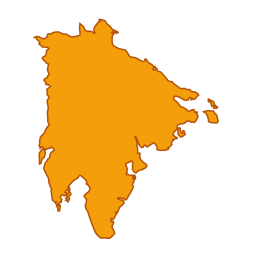 an SVG outline of Sabah, rotated 88°
{"feature_id": "MYS-1186", "entity_name": "Sabah", "entity_type": "State", "adm_level": 1, "iso_a3": "MYS", "parent_name": "Malaysia", "parent_adm1": "", "projection": "mercator", "projection_center": [117.356, 5.751], "detail": "fine", "context": "isolated", "style": "filled", "palette": "amber", "viewbox_px": 256, "rotation_deg": 88, "n_neighbors": 0, "source": "natural_earth", "source_scale": "10m", "svg_char_len": 5887}
<svg xmlns="http://www.w3.org/2000/svg" viewBox="0 0 256 256"><g transform="rotate(88 128 128)"><path d="M87.3,207.9L86.5,207.8L84.1,204.3L83.5,204.2L81.5,206.9L81.9,208.2L80.5,208.9L79.2,208.6L77.9,210.1L77.3,210.3L76.2,209.9L74.3,206.5L73.2,206.4L71.7,204.9L67.1,206.5L61.3,205.2L60.4,207.1L55.4,211.3L54.5,210.9L53.9,210.2L53.0,208.0L51.0,207.1L47.5,206.7L46.7,205.0L46.2,204.5L45.6,204.6L44.8,205.3L44.3,207.1L44.1,210.7L41.9,212.5L41.4,213.8L40.7,214.0L39.3,213.0L36.1,216.1L35.0,216.4L34.1,218.3L33.4,216.2L33.5,214.1L35.6,210.7L36.0,208.3L34.4,206.1L32.1,205.3L31.4,204.7L31.0,201.3L29.7,198.6L29.5,194.3L31.7,189.8L32.3,185.7L34.0,183.6L35.2,180.2L33.9,173.7L33.1,172.7L32.4,172.5L27.1,173.0L21.9,172.4L25.2,168.9L28.1,167.8L29.5,166.5L30.4,160.8L32.2,158.4L31.8,157.7L29.7,158.6L27.6,158.6L25.7,157.8L20.7,153.5L20.7,152.1L20.1,152.0L18.8,153.1L18.4,152.4L19.3,148.9L20.3,147.1L23.9,144.8L25.2,142.8L29.1,140.0L31.1,135.7L32.2,134.6L32.9,135.9L31.0,139.5L32.2,141.1L33.0,138.4L34.9,140.1L36.0,140.6L41.0,140.9L44.1,140.4L45.8,138.9L48.4,134.2L49.8,128.4L50.4,127.4L56.2,124.0L57.1,123.0L58.0,118.0L61.4,112.4L62.2,110.0L61.3,108.3L60.1,108.8L59.6,108.1L60.2,107.0L62.9,105.8L65.5,101.9L66.7,100.8L68.4,100.3L70.6,101.0L70.9,100.5L70.7,98.6L70.0,98.4L67.5,99.1L67.5,98.8L69.0,98.0L70.1,96.8L71.6,96.8L72.2,96.5L72.8,94.2L73.7,92.8L80.5,87.3L82.4,86.2L83.4,82.1L85.1,81.0L90.0,74.7L90.4,73.8L90.5,69.8L91.6,67.9L91.7,64.8L93.3,64.0L93.8,63.1L94.5,59.2L95.1,58.8L96.0,57.2L97.1,56.4L97.8,56.3L98.5,57.8L100.8,59.3L101.2,59.9L101.9,64.0L100.3,63.2L99.6,65.5L102.0,66.9L102.3,68.1L102.1,70.3L101.5,71.8L98.6,76.4L97.8,78.8L98.1,80.8L100.4,81.4L101.6,80.8L103.1,78.7L108.8,74.3L109.3,71.6L110.4,71.0L111.1,69.4L113.2,67.3L113.5,66.5L111.9,62.9L111.9,61.7L112.4,61.0L114.0,61.3L114.9,60.7L115.0,60.3L114.4,59.8L114.3,59.3L114.6,58.2L116.9,58.6L118.6,57.6L120.9,58.6L124.0,60.6L124.6,61.3L124.3,65.0L124.0,65.5L123.2,65.9L123.1,68.1L123.4,69.0L125.4,71.7L125.9,76.2L126.8,78.3L127.5,78.7L130.6,78.9L134.0,82.3L135.9,83.3L136.8,83.1L139.6,79.2L140.1,79.2L140.3,81.6L141.8,82.9L141.5,83.1L141.4,83.7L142.6,84.1L144.0,85.1L144.7,85.2L146.1,84.7L148.0,86.6L149.1,88.7L149.5,88.7L150.0,88.0L150.9,88.7L151.0,90.3L151.8,92.2L151.0,93.7L151.6,95.2L150.7,99.8L148.0,99.5L146.9,99.9L144.3,102.0L143.8,103.0L144.1,103.9L145.3,105.3L146.2,107.5L147.2,108.2L147.5,109.6L147.2,110.3L145.8,111.2L145.7,111.9L146.0,112.8L147.6,113.4L148.0,114.7L147.6,115.7L144.9,117.6L137.8,120.0L136.4,121.5L142.1,119.6L146.0,119.6L149.8,119.1L153.5,119.3L153.9,118.6L153.4,117.2L154.0,116.9L156.0,117.2L159.7,116.7L162.9,113.8L164.7,111.4L166.3,110.5L167.1,110.7L169.0,112.6L169.2,114.3L170.1,114.8L170.5,118.0L173.2,121.8L171.5,124.0L169.5,124.9L168.2,124.9L167.1,124.5L166.2,124.9L162.7,124.5L161.8,124.9L161.0,126.2L161.8,127.0L163.5,131.3L163.9,131.7L169.2,130.0L170.6,130.7L172.1,130.3L173.7,131.6L174.6,130.7L174.4,129.6L175.5,127.4L175.2,125.7L176.0,125.1L178.5,124.8L180.8,123.8L182.0,124.1L185.2,125.7L186.6,124.6L189.1,125.6L199.4,132.0L199.7,132.7L199.5,133.3L198.5,134.0L197.6,138.4L197.4,139.6L197.8,140.8L198.2,140.8L199.8,137.7L199.9,135.6L201.4,134.6L202.6,134.6L203.7,135.3L207.4,139.5L209.8,140.2L210.9,141.0L212.0,143.5L212.7,142.9L212.7,141.9L215.4,143.9L217.6,144.8L218.5,145.9L218.7,147.1L217.7,147.7L218.4,148.2L220.1,148.5L220.8,148.1L221.0,147.3L220.5,146.3L221.2,145.8L222.6,145.8L225.2,147.2L226.9,147.3L231.3,145.2L232.7,145.0L234.4,146.3L237.5,150.0L237.6,152.2L236.9,155.0L237.1,159.0L233.1,163.1L230.8,164.4L220.6,168.1L210.2,171.1L206.9,172.9L204.3,173.5L201.7,172.5L198.2,171.9L194.7,174.2L194.1,174.2L193.4,173.7L190.1,169.3L187.2,168.0L186.7,168.3L186.2,168.1L183.2,170.4L182.8,170.1L182.5,170.3L182.5,171.6L180.3,171.0L178.3,172.2L173.8,176.9L173.7,178.2L176.1,179.8L178.4,184.0L181.7,187.4L184.8,189.9L187.5,190.4L188.4,192.1L189.2,192.7L190.1,193.1L190.3,192.1L191.0,191.9L192.8,192.7L193.6,194.2L192.4,196.3L194.0,197.9L194.4,198.3L197.1,196.6L199.7,197.3L199.4,198.1L202.3,201.5L202.3,201.9L201.2,202.9L199.3,202.4L199.6,203.3L199.3,204.2L197.3,206.1L188.1,207.0L186.8,206.8L185.9,206.2L184.8,207.4L179.7,208.9L175.2,209.3L166.4,213.5L165.2,213.5L160.1,212.0L158.0,210.0L156.2,209.3L155.4,207.7L151.0,206.5L149.8,205.7L147.8,202.5L146.9,202.6L144.1,205.0L144.3,205.5L145.4,206.2L145.7,209.1L146.7,210.5L146.8,211.2L146.1,212.3L144.5,213.5L143.7,214.8L145.3,216.5L144.3,216.6L142.0,217.5L140.6,216.7L138.1,216.8L134.6,216.0L133.3,215.2L130.2,211.9L125.6,209.6L123.6,208.1L122.4,206.6L121.6,206.5L119.4,207.8L109.1,208.0L106.0,207.1L103.7,207.1L99.3,207.9L97.1,207.5L95.1,206.0L94.1,205.9L92.3,207.4L90.2,207.7L88.7,207.1L87.3,207.9ZM118.3,38.9L124.0,37.7L125.3,38.1L126.0,39.1L125.5,44.7L124.9,46.4L124.0,47.5L123.1,47.0L118.1,48.4L115.8,49.7L114.8,51.6L114.2,52.0L113.4,46.4L113.9,45.0L114.0,42.0L115.8,41.1L118.3,38.9ZM149.6,217.3L146.3,214.4L146.0,213.7L146.5,212.9L147.5,212.2L149.5,211.4L154.2,212.6L156.0,215.0L160.4,216.3L161.0,217.7L151.5,217.6L149.6,217.3ZM136.4,71.0L138.8,74.5L138.6,76.2L136.4,77.9L135.0,78.3L131.6,78.1L129.6,77.2L129.6,76.3L130.1,75.9L133.5,75.5L135.1,74.8L135.3,73.9L134.8,73.4L132.8,73.3L132.6,72.5L133.3,71.8L135.5,71.5L136.4,71.0ZM194.7,190.0L195.5,189.1L196.9,189.1L199.7,190.4L199.7,190.8L198.4,191.2L198.2,192.7L196.8,191.6L196.1,192.7L193.9,191.4L192.1,191.1L191.3,190.4L185.6,188.9L185.6,188.5L190.0,188.5L191.7,187.3L192.8,187.5L193.8,189.3L194.7,190.0ZM110.4,37.7L111.2,38.5L111.5,39.8L111.4,41.2L110.8,42.0L109.7,41.0L108.9,41.4L108.6,42.5L109.2,43.5L103.9,44.9L104.9,46.0L104.1,46.9L101.9,46.6L104.6,41.6L108.1,40.4L110.4,37.7ZM203.9,198.5L208.1,199.2L208.7,200.0L208.5,200.8L205.1,201.2L203.9,202.0L203.6,201.8L203.5,200.4L202.6,199.6L202.2,198.7L203.9,198.5ZM178.5,122.2L179.2,122.5L179.4,123.0L179.1,123.6L176.8,124.3L175.4,123.8L175.3,123.4L176.3,122.5L178.5,122.2Z" fill="#f59e0b" stroke="#b45309" stroke-width="1.5"/></g></svg>